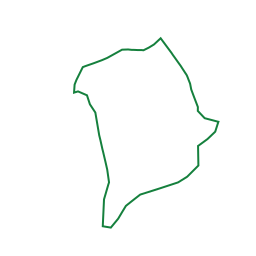 outline of Ivo, Ebonyi, Nigeria, rotated 229°
{"feature_id": "59680162B35701990596564", "entity_name": "Ivo", "entity_type": "district", "adm_level": 2, "iso_a3": "NGA", "parent_name": "Nigeria", "parent_adm1": "Ebonyi", "projection": "equal_earth", "projection_center": [7.611, 5.914], "detail": "fine", "context": "isolated", "style": "outline", "palette": "green", "viewbox_px": 256, "rotation_deg": 229, "n_neighbors": 0, "source": "geoboundaries", "source_scale": "gbopen_adm2", "svg_char_len": 1205}
<svg xmlns="http://www.w3.org/2000/svg" viewBox="0 0 256 256"><g transform="rotate(229 128 128)"><path d="M70.4,44.5L64.1,49.7L66.0,61.1L68.5,68.7L70.6,75.3L70.5,78.1L70.4,79.7L70.4,80.4L70.1,86.7L69.8,92.1L69.8,92.4L69.8,92.7L69.7,93.6L61.6,112.3L58.9,118.7L54.1,130.1L52.4,140.7L53.5,156.5L68.5,169.1L67.5,180.7L68.0,191.4L73.4,200.3L73.8,200.0L74.2,199.7L76.9,197.9L85.1,192.3L92.2,192.0L95.1,191.9L98.0,194.5L107.3,197.9L110.0,198.9L115.6,201.0L120.8,204.0L125.1,205.5L126.1,205.9L128.4,206.7L128.8,206.8L129.5,207.0L130.0,207.1L130.7,207.2L131.0,207.2L138.2,208.2L138.8,208.3L139.6,208.4L140.1,208.5L144.5,208.9L150.6,209.5L153.9,209.8L156.1,210.1L174.3,211.5L174.0,202.4L175.0,196.5L176.5,190.7L178.1,189.2L180.5,186.4L180.9,186.0L183.0,183.8L184.5,182.1L187.2,179.6L188.0,178.6L191.0,174.9L194.1,160.3L194.5,158.4L195.3,155.9L196.3,152.8L199.2,145.1L199.5,144.3L202.2,137.6L202.9,135.8L203.6,133.8L198.1,120.6L195.8,116.2L190.1,110.5L188.4,114.3L179.6,118.5L170.9,114.8L161.1,113.5L141.4,101.5L137.1,99.3L128.8,94.8L126.4,93.6L117.1,88.7L110.2,85.0L99.4,78.0L98.2,76.0L97.1,74.3L96.4,73.2L92.9,67.8L89.9,63.1L83.3,56.8L72.5,46.5L70.4,44.5Z" fill="none" stroke="#15803d" stroke-width="2"/></g></svg>